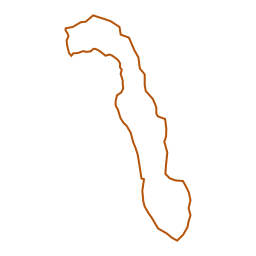 the district of Doros, Limassol, Cyprus
{"feature_id": "46923920B97267349783523", "entity_name": "Doros", "entity_type": "district", "adm_level": 2, "iso_a3": "CYP", "parent_name": "Cyprus", "parent_adm1": "Limassol", "projection": "robinson", "projection_center": [32.922, 34.794], "detail": "fine", "context": "isolated", "style": "outline", "palette": "amber", "viewbox_px": 256, "rotation_deg": 0, "n_neighbors": 0, "source": "geoboundaries", "source_scale": "gbopen_adm2", "svg_char_len": 1206}
<svg xmlns="http://www.w3.org/2000/svg" viewBox="0 0 256 256"><path d="M65.7,28.3L65.5,30.2L67.5,33.5L68.5,36.2L66.6,40.3L67.1,45.2L69.0,53.0L69.9,54.1L71.3,55.8L73.4,53.3L77.8,53.0L83.5,51.1L85.3,51.6L86.3,51.9L90.5,51.4L93.5,48.8L95.3,48.9L98.3,50.2L101.4,52.4L105.5,55.7L109.6,54.5L112.3,55.7L115.9,58.3L118.1,60.1L120.1,63.5L120.0,67.3L121.8,69.9L120.6,73.7L122.8,80.9L122.7,83.9L123.2,88.5L121.2,92.5L117.0,95.3L115.6,101.3L115.7,105.6L118.1,110.1L120.3,117.7L123.3,122.6L126.8,126.0L130.8,133.0L133.2,142.3L135.4,147.5L137.7,154.6L138.9,161.7L141.5,178.5L144.0,179.2L142.3,190.8L143.3,201.2L144.6,206.4L145.3,207.6L148.4,213.0L151.7,217.7L158.1,228.5L166.8,233.5L171.9,237.7L177.2,240.6L178.0,239.8L183.1,234.8L187.4,227.3L188.7,220.9L190.5,215.3L188.6,208.1L190.5,200.2L188.8,192.4L186.1,186.7L182.9,181.0L175.3,180.4L169.6,178.2L165.4,173.9L165.8,167.4L167.3,152.3L164.3,141.8L166.1,136.3L166.3,128.5L165.1,118.9L164.2,118.7L157.9,116.4L156.3,113.5L156.3,107.2L152.8,98.9L145.8,91.1L144.7,85.2L144.7,74.4L139.8,68.5L138.4,57.4L134.4,50.3L128.9,37.6L120.7,34.6L119.5,27.0L110.5,21.1L103.7,18.8L93.1,15.4L85.9,21.6L80.7,22.3L72.6,27.0L65.7,28.3Z" fill="none" stroke="#b45309" stroke-width="2"/></svg>